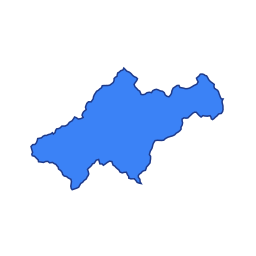 Dom Joaquim, Minas Gerais, Brazil (Robinson projection), rotated 244°
{"feature_id": "56859067B12051432209613", "entity_name": "Dom Joaquim", "entity_type": "district", "adm_level": 2, "iso_a3": "BRA", "parent_name": "Brazil", "parent_adm1": "Minas Gerais", "projection": "robinson", "projection_center": [-43.263, -18.933], "detail": "fine", "context": "isolated", "style": "filled", "palette": "blue", "viewbox_px": 256, "rotation_deg": 244, "n_neighbors": 0, "source": "geoboundaries", "source_scale": "gbopen_adm2", "svg_char_len": 3511}
<svg xmlns="http://www.w3.org/2000/svg" viewBox="0 0 256 256"><g transform="rotate(244 128 128)"><path d="M105.3,89.5L105.6,91.7L106.1,94.0L106.3,96.9L104.9,98.8L102.8,98.5L101.1,98.3L99.6,99.4L97.7,99.9L95.8,100.7L94.0,101.5L92.0,101.5L90.2,103.1L89.8,105.2L88.9,107.2L86.2,107.0L84.2,107.4L82.6,106.7L81.1,108.2L79.6,111.4L77.2,112.1L75.1,112.4L73.8,113.6L72.3,115.5L74.3,115.3L76.7,116.2L79.2,115.7L80.8,116.5L81.6,118.1L81.8,119.9L82.6,121.7L82.7,123.4L82.3,125.1L83.4,126.3L84.8,127.5L85.8,130.0L87.0,132.5L88.6,133.5L90.3,134.7L92.7,135.9L94.6,135.5L95.8,136.4L97.5,138.0L99.1,140.5L100.8,142.0L102.2,143.1L103.4,144.5L104.8,146.8L104.1,149.0L103.0,151.0L102.0,152.9L101.4,154.8L102.1,157.0L102.2,159.9L101.8,162.5L101.4,164.6L101.4,166.9L102.2,169.0L102.4,171.5L102.9,173.6L103.7,175.2L105.5,176.0L107.0,178.1L108.8,179.4L110.5,179.7L112.3,180.5L112.6,182.7L111.4,184.5L110.8,186.2L111.6,188.5L112.2,190.5L112.9,192.6L113.0,194.7L112.2,196.3L110.2,196.8L108.0,197.5L105.8,198.5L106.3,200.8L105.1,202.3L103.8,204.6L103.1,207.1L101.3,207.3L99.8,206.9L98.5,207.7L98.8,209.5L99.4,211.1L99.9,213.4L100.9,215.6L100.2,218.3L101.3,220.2L102.9,221.5L104.3,222.1L106.2,223.0L107.9,223.4L109.4,223.7L111.0,224.4L112.4,226.2L113.2,224.7L114.9,224.5L117.1,224.7L119.1,224.9L121.0,225.2L122.7,225.0L124.1,224.1L125.8,223.1L127.8,223.5L129.4,224.6L131.4,223.6L133.7,222.4L136.2,221.7L138.5,221.7L140.4,221.5L141.5,220.3L142.9,219.6L144.0,218.3L144.7,216.6L143.6,214.6L142.8,211.4L140.8,211.2L138.7,211.3L137.2,209.0L137.3,206.0L137.0,203.3L136.9,200.7L137.4,198.5L138.2,196.8L139.4,195.5L140.6,193.9L141.7,192.4L143.9,192.5L144.7,190.8L144.4,188.8L144.0,186.0L142.2,183.8L140.1,182.3L138.9,180.5L138.1,178.5L139.5,176.8L141.6,175.9L143.8,176.1L145.8,175.2L147.3,173.2L149.0,171.9L150.3,170.5L150.7,168.9L150.7,166.7L149.5,164.6L150.8,162.8L151.4,160.5L150.9,158.0L151.4,156.0L152.4,154.5L154.0,154.6L156.0,154.7L157.6,153.7L159.8,153.1L162.2,152.3L164.6,152.6L165.8,154.7L166.8,156.6L168.1,158.1L169.7,157.6L171.5,156.1L173.3,155.2L175.3,154.7L177.4,153.8L179.7,151.8L182.0,151.1L183.7,150.5L182.4,148.9L182.7,146.6L182.1,144.7L182.0,142.9L180.6,141.7L179.2,140.7L179.2,139.0L178.6,137.2L176.8,136.3L175.4,134.8L174.9,132.6L174.5,130.3L175.1,128.4L175.9,126.7L176.7,125.0L177.3,123.4L175.8,121.9L175.5,119.8L174.9,118.0L174.8,115.9L173.7,114.1L172.7,112.4L171.2,110.7L169.5,109.5L168.6,108.0L167.7,106.3L168.9,103.9L168.2,101.8L166.9,100.4L165.4,98.9L162.9,98.5L162.1,95.3L161.1,93.7L159.7,92.3L157.1,92.3L157.1,89.8L157.8,87.3L160.0,86.0L161.3,84.8L160.2,83.2L159.0,80.9L158.8,77.8L157.4,75.1L157.3,72.4L158.7,69.4L157.9,67.2L157.9,65.4L158.5,63.4L157.5,61.8L155.8,60.4L155.3,58.2L156.9,58.0L156.5,55.8L157.0,53.6L157.0,51.6L157.8,50.0L157.8,47.9L157.1,46.0L157.5,44.3L158.1,42.2L156.5,40.9L154.9,39.2L154.0,37.2L154.8,35.1L153.9,32.7L152.0,32.3L150.2,32.0L147.9,31.6L146.7,30.1L145.1,29.8L143.5,31.6L140.9,32.5L138.7,33.3L136.9,32.8L135.4,35.1L134.1,36.9L134.0,39.3L133.1,41.4L131.1,42.2L130.1,45.1L128.3,46.1L126.9,47.3L125.1,47.6L123.6,48.1L121.5,47.6L119.2,48.9L116.8,49.3L114.8,48.9L112.8,49.6L111.3,51.5L109.3,52.4L106.9,54.2L104.6,53.7L102.7,52.4L100.8,51.1L98.7,50.5L97.0,50.8L96.7,53.2L96.4,55.5L96.4,57.7L97.7,59.5L98.9,61.2L99.1,63.4L100.1,65.5L100.5,68.1L101.9,69.8L102.7,71.3L103.9,72.6L106.4,73.2L108.5,73.4L109.2,75.0L109.6,76.7L110.3,78.8L111.4,80.3L111.1,82.0L112.1,83.9L113.0,85.3L112.6,87.8L110.1,87.4L108.1,87.0L107.0,89.0L105.3,89.5Z" fill="#3b82f6" stroke="#1e3a8a" stroke-width="1.5"/></g></svg>